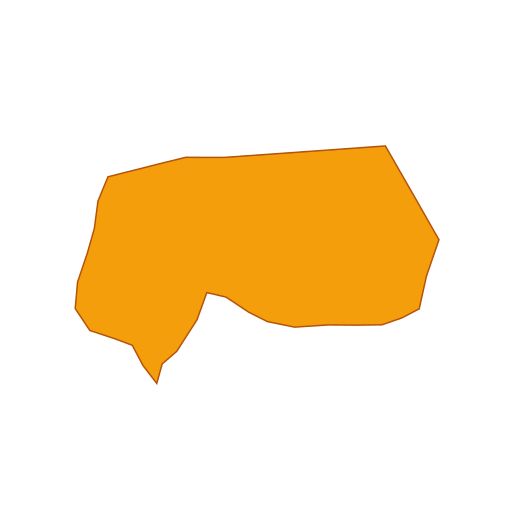 Kouh Est, Logone Oriental, Chad, rotated 300°
{"feature_id": "50815135B98764858098702", "entity_name": "Kouh Est", "entity_type": "district", "adm_level": 2, "iso_a3": "TCD", "parent_name": "Chad", "parent_adm1": "Logone Oriental", "projection": "albers", "projection_center": [17.009, 8.381], "detail": "fine", "context": "isolated", "style": "filled", "palette": "amber", "viewbox_px": 512, "rotation_deg": 300, "n_neighbors": 0, "source": "geoboundaries", "source_scale": "gbopen_adm2", "svg_char_len": 588}
<svg xmlns="http://www.w3.org/2000/svg" viewBox="0 0 512 512"><g transform="rotate(300 256 256)"><path d="M120.1,125.7L108.4,149.4L113.7,174.8L116.8,193.5L104.6,213.0L96.0,233.8L115.6,228.7L133.7,235.0L171.3,236.8L199.7,231.7L205.4,250.5L203.7,277.8L204.9,298.7L213.7,325.0L232.6,353.3L246.5,377.8L259.4,399.5L275.2,413.2L291.9,423.8L292.0,423.7L323.7,413.7L361.6,406.3L361.6,406.2L384.4,367.3L416.0,313.0L325.7,179.5L315.8,162.4L306.4,145.9L291.2,130.0L250.6,88.2L224.5,91.7L199.1,102.2L174.2,108.5L144.2,114.5L120.1,125.7Z" fill="#f59e0b" stroke="#b45309" stroke-width="1.5"/></g></svg>